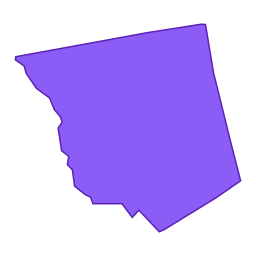 Jones, Georgia, United States of America
{"feature_id": "52423323B97127837198409", "entity_name": "Jones", "entity_type": "district", "adm_level": 2, "iso_a3": "USA", "parent_name": "United States of America", "parent_adm1": "Georgia", "projection": "natural_earth1", "projection_center": [-83.617, 33.014], "detail": "fine", "context": "isolated", "style": "filled", "palette": "violet", "viewbox_px": 256, "rotation_deg": 0, "n_neighbors": 0, "source": "geoboundaries", "source_scale": "gbopen_adm2", "svg_char_len": 488}
<svg xmlns="http://www.w3.org/2000/svg" viewBox="0 0 256 256"><path d="M216.5,197.5L240.6,180.7L229.5,137.3L222.8,110.1L213.5,72.7L205.5,24.5L201.4,24.2L148.2,32.5L15.8,56.7L15.4,59.9L24.1,65.9L26.2,73.4L36.4,88.3L49.6,98.0L54.4,109.7L60.2,116.5L62.2,122.1L58.1,128.0L61.6,150.8L68.7,156.3L67.4,164.6L72.4,169.9L74.6,186.2L85.2,194.6L90.6,197.2L93.0,203.7L122.0,203.7L132.2,217.4L138.9,210.2L159.3,231.8L164.2,229.6L216.5,197.5Z" fill="#8b5cf6" stroke="#5b21b6" stroke-width="1.5"/></svg>